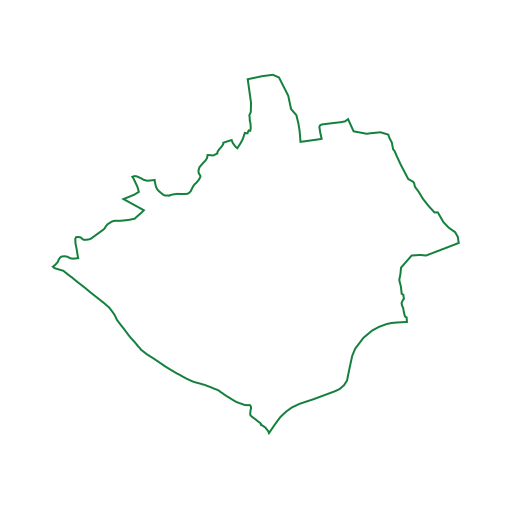 outline of Ibadan North, Oyo, Nigeria, rotated 82°
{"feature_id": "59680162B6783963116345", "entity_name": "Ibadan North", "entity_type": "district", "adm_level": 2, "iso_a3": "NGA", "parent_name": "Nigeria", "parent_adm1": "Oyo", "projection": "albers", "projection_center": [3.902, 7.422], "detail": "fine", "context": "isolated", "style": "outline", "palette": "green", "viewbox_px": 512, "rotation_deg": 82, "n_neighbors": 0, "source": "geoboundaries", "source_scale": "gbopen_adm2", "svg_char_len": 4428}
<svg xmlns="http://www.w3.org/2000/svg" viewBox="0 0 512 512"><g transform="rotate(82 256 256)"><path d="M416.3,250.7L414.1,247.5L411.0,241.6L408.5,233.7L405.7,218.4L400.9,196.6L399.5,192.0L396.2,186.8L392.0,183.2L380.4,179.1L368.2,174.6L361.5,170.6L351.9,160.9L346.0,151.4L343.3,144.1L341.6,136.2L341.2,131.4L341.4,126.7L342.3,115.7L337.8,115.4L336.6,116.9L334.6,117.1L331.7,117.4L328.0,117.5L325.4,118.3L322.9,118.4L320.3,116.9L319.0,115.5L314.9,115.5L313.7,117.0L311.0,116.9L306.2,116.8L299.7,117.5L294.0,115.5L287.7,114.0L277.2,101.8L277.8,93.2L279.2,87.6L271.3,53.4L265.2,53.5L260.1,55.5L254.8,61.2L248.5,65.7L238.1,69.9L237.7,73.2L230.4,78.2L222.7,82.7L215.0,86.0L209.5,89.0L205.9,89.3L204.5,89.9L201.0,94.5L185.9,99.9L176.7,102.7L171.3,104.2L169.3,105.4L162.6,105.7L157.8,107.4L154.2,108.1L150.8,115.6L150.4,125.3L150.4,129.3L146.1,142.0L133.3,145.8L135.1,149.1L135.3,153.4L135.1,160.6L134.9,172.1L135.2,173.6L135.7,174.6L137.1,175.3L142.9,175.2L149.1,174.7L149.2,177.1L149.2,181.7L149.2,187.8L149.2,193.0L149.1,196.1L145.1,195.8L138.1,195.4L130.5,195.6L122.2,196.4L115.4,200.8L101.7,201.8L82.4,208.4L78.9,214.1L78.8,225.0L79.8,239.6L103.6,239.6L112.6,241.1L114.6,242.3L115.7,243.0L117.9,243.0L121.1,243.3L123.8,243.0L127.3,243.3L129.0,243.5L131.2,244.3L131.1,244.9L130.7,245.8L133.3,247.4L133.3,248.0L132.5,249.9L136.8,252.0L138.3,252.8L141.8,255.3L143.1,256.4L146.7,259.5L144.9,261.1L144.0,261.6L140.8,263.3L137.8,264.0L138.0,265.3L138.5,268.4L139.3,272.6L140.9,273.0L143.3,275.3L144.8,277.1L146.9,279.2L148.2,279.9L149.1,280.0L150.5,284.5L149.8,287.1L149.3,289.9L152.1,290.8L154.5,292.8L156.2,295.0L158.3,297.5L160.3,299.7L163.4,301.1L165.9,301.2L166.0,301.2L168.7,300.0L169.9,300.1L171.3,301.0L172.9,302.4L175.2,304.9L176.6,307.0L178.2,308.5L180.3,310.0L182.7,311.6L184.0,313.2L184.9,315.3L184.4,320.0L183.5,325.6L183.5,329.5L183.7,332.3L184.3,333.6L183.9,334.3L183.7,335.4L183.6,336.8L183.2,338.3L182.6,339.1L181.4,340.3L180.0,341.6L177.8,343.5L176.1,344.6L175.8,344.7L173.4,345.4L171.8,345.6L171.5,345.6L169.8,345.7L167.6,345.9L166.6,345.8L166.5,350.9L166.3,353.0L166.2,353.8L164.7,357.0L163.4,358.5L161.7,361.1L160.6,362.9L160.1,364.5L160.0,365.7L160.2,366.5L160.4,367.4L161.5,366.8L162.9,366.3L170.9,363.8L176.2,363.1L178.3,367.9L181.2,379.3L195.1,360.7L196.8,362.9L199.8,367.5L201.2,369.6L202.2,371.0L202.2,372.0L202.5,375.5L202.5,379.7L202.4,382.2L202.4,383.3L202.3,383.9L202.3,384.9L202.1,386.4L201.8,388.6L201.5,390.2L201.5,392.0L201.7,393.4L202.1,394.6L202.9,396.2L203.4,397.6L204.1,398.8L205.6,400.4L207.6,402.1L208.3,402.9L209.1,404.4L210.5,407.0L212.4,410.6L212.9,411.5L213.3,412.2L213.7,413.0L214.7,414.9L215.5,416.4L215.9,417.3L216.2,418.3L216.3,419.9L216.3,422.2L216.2,422.9L216.1,423.8L215.8,424.5L215.4,425.2L214.3,426.1L213.4,426.9L213.0,427.5L212.7,428.5L212.4,429.7L212.3,431.5L212.9,431.9L213.9,432.6L218.4,433.0L225.3,432.6L229.6,432.6L233.4,432.4L233.2,437.4L232.5,440.0L230.8,442.5L230.3,443.3L229.6,445.7L229.5,448.5L229.8,449.4L230.4,450.3L232.3,452.0L234.2,453.0L236.1,455.2L237.1,456.4L237.4,457.2L238.0,457.8L238.3,458.6L239.5,457.7L240.2,456.7L240.8,455.5L241.7,453.5L243.8,448.9L250.9,442.1L251.8,441.0L253.3,439.8L254.1,439.0L255.1,438.1L255.9,437.3L256.7,436.6L263.8,429.7L264.6,428.9L265.3,428.4L265.8,427.9L270.6,423.5L277.0,417.3L281.7,412.8L286.7,408.5L287.6,408.0L290.8,406.2L294.3,404.4L296.5,403.6L299.9,402.6L305.3,399.6L309.7,397.0L316.3,393.4L319.5,391.5L323.8,388.5L327.3,386.3L327.7,386.0L327.8,386.1L328.7,385.6L329.2,385.2L330.5,384.2L332.9,382.8L338.0,377.9L343.5,371.4L352.7,361.3L357.8,355.1L361.6,350.3L362.7,348.6L363.1,348.0L364.6,346.2L367.7,342.0L369.0,340.0L371.3,336.4L372.4,334.3L374.0,330.5L374.8,328.6L375.6,326.9L376.6,324.5L378.0,322.2L379.3,319.6L379.6,319.1L381.4,316.2L382.4,314.3L383.3,312.7L384.2,311.5L385.8,309.9L387.2,308.3L388.5,307.0L390.5,304.8L392.7,302.0L394.3,300.2L395.1,299.2L396.4,297.6L397.7,295.9L399.1,293.5L400.2,291.2L401.8,288.3L402.1,287.4L402.3,286.3L402.6,284.7L402.7,283.5L402.8,282.8L403.7,282.3L404.8,282.0L405.7,282.1L406.3,282.1L407.0,282.5L407.8,282.8L409.4,283.2L410.9,283.6L412.4,283.7L413.2,283.6L415.1,281.9L417.9,279.0L419.8,277.3L421.3,275.8L421.9,275.1L422.3,274.8L422.5,274.6L422.8,274.5L423.3,274.7L423.8,274.7L424.3,274.2L424.5,273.5L425.4,272.5L427.3,270.5L429.1,269.5L431.5,268.1L432.1,268.1L433.2,267.8L426.9,262.1L422.6,258.0L418.7,254.1L416.3,250.7Z" fill="none" stroke="#15803d" stroke-width="2"/></g></svg>